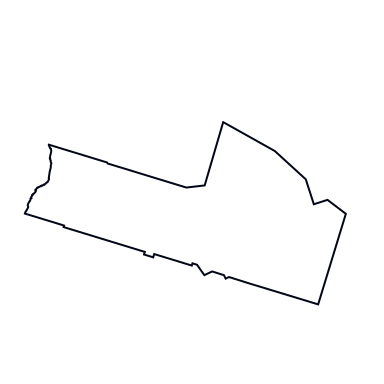 83, Ar Rayyān, Qatar (Mercator projection), rotated 17°
{"feature_id": "91078587B29732052080276", "entity_name": "83", "entity_type": "district", "adm_level": 2, "iso_a3": "QAT", "parent_name": "Qatar", "parent_adm1": "Ar Rayyān", "projection": "mercator", "projection_center": [50.853, 25.078], "detail": "fine", "context": "isolated", "style": "outline", "palette": "ink", "viewbox_px": 384, "rotation_deg": 17, "n_neighbors": 0, "source": "geoboundaries", "source_scale": "gbopen_adm2", "svg_char_len": 1665}
<svg xmlns="http://www.w3.org/2000/svg" viewBox="0 0 384 384"><g transform="rotate(17 192 192)"><path d="M274.1,262.7L345.5,262.6L345.5,167.9L323.9,159.9L312.1,168.1L297.1,146.6L259.2,128.6L201.5,116.1L201.4,116.1L202.2,182.0L185.3,189.4L103.0,189.4L102.2,188.6L41.3,188.6L41.3,188.8L41.3,189.0L41.8,189.3L42.3,189.8L42.3,190.3L43.4,191.3L43.7,191.8L44.5,191.9L45.4,194.0L45.6,195.0L45.9,199.8L46.1,200.2L46.1,201.2L46.2,201.4L46.6,201.5L46.7,202.3L47.4,202.9L47.7,203.1L47.8,203.8L47.9,204.0L48.0,204.2L48.2,204.7L48.4,204.9L48.8,205.2L48.8,205.4L49.2,206.0L49.2,207.7L49.6,209.3L49.8,210.0L50.0,214.3L50.2,215.8L50.4,216.4L50.4,217.0L50.6,218.5L50.8,219.1L50.8,219.7L51.0,220.7L51.3,220.9L51.5,221.8L51.1,224.3L50.8,224.5L50.4,225.5L50.0,225.9L49.6,226.8L49.2,227.2L48.8,227.8L48.7,228.2L48.1,228.2L48.0,228.3L48.0,228.6L47.2,229.5L46.8,229.4L46.4,229.7L46.3,230.1L46.0,230.5L45.5,230.5L45.4,230.6L45.3,230.9L44.6,231.7L44.2,231.8L43.3,232.6L43.3,233.0L42.7,233.2L42.6,233.8L42.2,234.7L42.1,235.5L41.7,235.5L41.6,236.0L41.8,236.1L42.1,236.3L42.4,236.5L42.2,237.8L42.0,238.0L41.6,239.2L41.0,240.0L40.9,240.5L40.5,240.5L39.9,241.7L40.1,241.9L40.3,241.9L40.1,242.7L39.9,243.0L39.9,244.2L40.0,244.4L39.7,244.4L39.6,245.0L39.5,245.6L39.7,245.9L39.8,245.9L39.6,248.1L39.4,248.1L39.3,248.4L39.3,248.8L38.9,250.0L38.7,252.3L38.9,252.9L39.5,253.7L39.8,254.4L39.3,257.3L39.1,257.7L39.1,258.5L38.9,258.7L38.7,259.7L38.5,260.0L38.5,261.5L79.5,261.5L79.5,263.1L164.4,263.1L164.4,265.8L174.0,265.8L174.0,262.4L213.3,262.4L213.3,260.1L218.1,260.1L228.1,267.9L234.5,262.1L246.9,262.2L249.5,265.0L252.2,262.5L274.1,262.7Z" fill="none" stroke="#020617" stroke-width="2"/></g></svg>